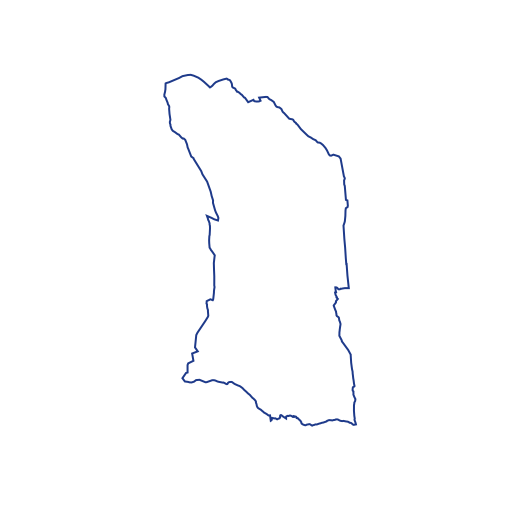 outline of Poienarii De Arges, Arges, Romania, rotated 246°
{"feature_id": "2599482B93022961694156", "entity_name": "Poienarii De Arges", "entity_type": "district", "adm_level": 2, "iso_a3": "ROU", "parent_name": "Romania", "parent_adm1": "Arges", "projection": "robinson", "projection_center": [24.518, 45.066], "detail": "fine", "context": "isolated", "style": "outline", "palette": "blue", "viewbox_px": 512, "rotation_deg": 246, "n_neighbors": 0, "source": "geoboundaries", "source_scale": "gbopen_adm2", "svg_char_len": 6014}
<svg xmlns="http://www.w3.org/2000/svg" viewBox="0 0 512 512"><g transform="rotate(246 256 256)"><path d="M380.7,338.6L382.3,337.7L382.8,336.8L384.0,335.5L385.5,335.1L389.5,334.9L392.3,333.3L393.1,332.6L393.9,332.0L395.0,331.6L396.2,331.3L396.6,331.1L397.3,329.8L399.4,323.3L396.0,323.3L396.0,321.5L396.9,319.3L398.0,317.6L398.7,317.2L399.7,317.2L399.7,311.4L405.0,310.3L405.7,309.6L409.1,308.6L409.9,308.0L411.9,307.2L413.3,306.3L413.6,305.7L414.0,305.4L414.6,305.5L415.7,305.1L417.2,305.1L417.6,304.9L419.3,303.4L420.3,303.1L422.9,303.9L423.7,304.0L425.8,303.9L427.3,303.6L427.9,303.0L428.8,301.9L429.3,301.9L430.0,301.3L430.6,298.0L431.1,293.1L431.1,289.9L430.3,287.5L429.3,285.4L428.7,282.9L428.8,282.4L429.4,282.2L430.1,282.0L436.5,279.2L439.4,277.7L442.4,275.8L446.1,272.4L448.1,270.0L449.1,267.2L450.2,262.0L449.9,258.1L450.1,247.0L450.5,244.3L450.4,243.6L445.2,241.1L443.0,239.7L440.7,237.9L439.0,237.2L437.0,237.9L435.4,237.7L431.9,237.6L430.6,237.3L429.9,237.4L428.2,237.6L427.4,237.4L425.8,236.5L421.0,234.8L415.2,233.2L413.5,231.8L412.0,231.3L410.8,231.3L409.7,230.8L406.0,230.5L404.2,230.9L402.0,232.4L399.3,233.9L398.3,234.9L394.7,236.0L393.1,236.8L392.8,237.7L390.9,238.6L386.1,238.4L382.9,237.7L381.3,237.7L373.2,237.3L370.8,238.7L369.7,238.6L355.8,240.5L352.4,240.3L343.8,241.6L333.3,240.8L328.8,239.9L324.3,239.4L322.0,238.3L314.3,237.2L312.0,237.1L307.9,237.3L306.0,237.1L303.9,235.7L306.6,232.7L308.9,230.9L312.6,227.5L309.9,227.3L308.5,227.0L307.2,227.1L304.8,226.9L303.6,226.4L302.3,226.2L299.9,225.2L294.0,222.2L293.2,221.5L289.5,219.6L286.8,218.5L282.5,217.0L281.4,217.2L279.7,217.3L278.3,217.7L273.4,218.6L271.8,217.6L266.7,214.6L260.6,212.1L254.1,209.5L246.1,205.9L244.5,205.5L242.2,204.0L240.6,203.1L239.5,202.6L234.7,199.8L233.5,199.0L233.2,198.5L235.0,196.7L235.0,196.2L234.9,195.4L234.9,194.6L234.9,194.0L234.8,192.6L232.6,191.4L231.9,191.6L231.5,191.5L230.3,190.9L228.1,190.3L226.1,190.1L225.3,189.7L220.8,188.1L219.9,187.2L217.0,182.9L209.8,171.4L208.1,169.3L197.3,163.1L192.6,164.0L192.9,158.0L185.7,156.2L185.5,150.4L184.2,149.1L177.4,146.1L177.6,144.5L174.3,139.1L170.3,140.0L168.7,142.6L167.4,144.2L166.7,145.7L166.4,148.2L167.0,150.8L165.9,154.0L161.2,158.5L160.8,159.6L160.4,164.7L160.4,165.1L160.3,165.6L159.5,167.3L158.7,168.3L157.2,169.6L156.5,170.4L154.1,173.8L153.7,174.4L153.7,174.7L153.6,174.9L152.6,175.7L151.2,176.7L150.8,177.2L150.7,177.8L150.8,178.0L151.2,178.5L151.5,178.9L151.6,179.3L151.7,179.9L151.6,180.6L151.1,182.0L150.9,182.4L150.6,182.8L148.0,184.3L147.5,184.7L144.9,187.0L144.0,188.0L143.2,188.6L141.8,189.4L140.7,190.0L138.6,190.7L136.0,191.9L133.7,192.8L131.6,193.9L129.6,194.5L127.7,195.1L126.8,195.7L126.1,195.9L125.5,196.2L124.2,196.6L123.4,196.7L123.0,196.7L122.1,196.3L120.4,196.2L118.8,195.8L117.3,195.8L116.4,196.0L115.1,196.8L113.6,197.9L111.8,198.7L110.7,199.3L109.8,199.6L107.4,201.4L105.2,202.6L104.7,204.0L99.5,202.5L99.6,203.2L100.1,203.9L101.5,204.6L101.6,204.8L101.2,205.2L100.8,205.8L100.6,206.2L100.2,206.6L99.8,207.7L99.6,207.9L98.5,208.6L98.2,208.9L98.3,210.6L98.1,211.4L98.2,211.6L98.5,211.9L98.8,212.4L99.0,212.6L99.6,212.7L100.4,213.2L100.6,213.5L100.6,213.9L100.3,214.4L98.2,215.5L95.3,217.4L97.0,218.2L97.0,218.6L97.2,219.6L96.8,220.3L96.5,220.8L96.6,221.4L96.6,221.6L96.1,222.7L95.4,223.3L94.9,223.7L94.0,224.2L93.9,224.4L93.9,224.7L94.5,225.1L94.5,225.3L94.3,225.5L93.9,225.3L93.5,225.3L93.4,225.5L93.5,226.2L93.5,226.4L93.2,226.9L92.9,227.2L92.5,227.3L91.9,227.2L91.4,227.2L91.2,227.5L91.2,227.9L90.5,228.4L90.3,228.5L89.7,228.5L88.3,229.2L87.9,229.3L87.4,229.6L86.5,229.6L85.7,229.8L85.2,229.6L84.5,229.5L84.2,229.6L83.4,230.1L82.7,230.6L81.6,231.8L81.3,232.2L81.2,232.8L81.3,233.7L80.7,236.3L80.5,236.7L80.0,237.1L78.4,238.1L78.2,238.3L78.3,238.8L78.0,240.5L78.0,241.5L77.9,242.0L77.5,242.7L77.3,243.5L77.3,244.2L77.2,245.0L77.2,245.7L77.0,246.3L76.8,248.6L76.5,249.5L76.2,253.0L76.2,253.3L76.5,253.8L76.4,255.7L76.1,256.6L75.8,257.0L75.5,257.7L74.8,258.7L74.7,259.1L74.6,260.1L74.2,261.4L74.2,262.6L73.9,263.3L73.7,263.7L73.3,264.3L72.0,265.3L71.3,265.9L70.5,266.9L69.9,268.2L69.8,268.8L68.2,271.0L67.5,272.2L67.1,272.6L66.8,273.1L66.2,273.3L65.6,273.7L65.2,274.4L64.9,274.8L64.4,275.2L62.8,275.9L62.2,276.3L62.0,276.6L61.5,278.8L63.2,279.1L66.1,279.3L66.4,279.4L66.9,279.8L67.4,280.1L70.0,280.8L74.7,282.5L80.0,284.9L80.8,285.5L82.2,286.3L83.2,287.6L83.6,287.9L84.2,288.1L84.8,288.6L87.2,288.5L89.5,288.6L90.0,288.7L90.9,289.2L91.6,289.4L92.5,289.9L92.9,289.9L93.5,289.6L93.8,289.6L94.6,289.9L96.2,290.8L96.6,291.1L96.8,291.6L96.8,292.7L97.1,293.1L99.5,293.6L102.4,294.5L104.8,295.1L107.9,296.1L109.0,296.4L111.1,297.2L113.6,297.7L119.7,299.5L126.7,302.1L127.3,302.4L132.6,302.0L141.9,300.0L143.0,299.7L144.0,300.0L149.2,299.7L152.6,301.3L153.8,302.1L154.1,302.2L157.2,304.1L157.5,304.3L159.0,305.3L159.7,305.6L161.8,305.9L163.3,305.9L165.1,306.4L166.1,306.6L166.7,306.4L168.2,305.5L169.0,305.4L170.7,306.0L171.5,306.1L172.6,306.5L174.7,306.5L179.1,306.8L179.3,307.0L181.0,310.1L182.1,310.6L182.3,310.8L183.5,313.3L185.2,312.7L185.4,313.1L185.6,313.1L188.2,312.9L190.5,313.4L190.3,314.4L191.9,314.7L195.1,315.7L195.0,316.0L194.8,316.4L194.1,317.1L193.5,317.4L192.8,317.5L192.0,317.9L191.8,318.3L191.6,318.8L191.5,319.0L191.5,319.4L191.7,320.1L191.3,320.7L191.2,321.5L190.5,324.1L188.9,327.7L201.0,331.6L211.8,335.5L211.9,335.2L217.6,337.2L227.3,340.8L235.5,343.6L248.2,348.3L250.6,350.5L251.6,351.3L256.2,353.9L261.2,356.3L263.1,357.5L263.5,359.6L264.7,360.4L269.6,362.1L270.7,361.0L283.9,365.6L285.5,365.7L289.2,367.2L290.6,368.6L291.5,368.8L293.0,368.7L310.6,372.9L311.3,372.7L313.3,372.2L317.1,367.9L317.1,365.5L317.6,364.5L319.1,363.9L323.6,363.8L326.5,363.4L330.2,362.3L332.4,361.2L333.6,360.3L334.6,358.6L335.5,358.2L337.5,357.6L339.6,355.7L341.9,354.3L344.1,352.5L346.2,351.6L353.7,348.6L358.5,347.5L359.5,347.2L360.7,346.5L361.4,346.6L362.7,345.8L363.7,345.5L365.2,345.4L365.9,345.0L367.9,342.2L375.2,339.8L376.1,339.3L377.2,339.0L379.8,339.0L380.7,338.6Z" fill="none" stroke="#1e3a8a" stroke-width="2"/></g></svg>